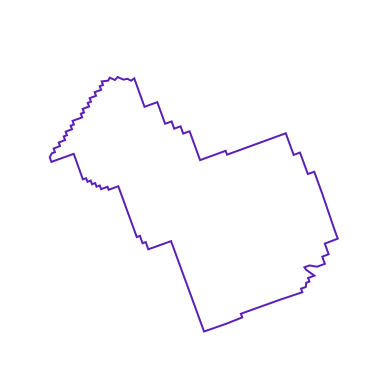 outline of Yellowstone, Montana, United States of America, rotated 250°
{"feature_id": "52423323B50031109105153", "entity_name": "Yellowstone", "entity_type": "district", "adm_level": 2, "iso_a3": "USA", "parent_name": "United States of America", "parent_adm1": "Montana", "projection": "natural_earth1", "projection_center": [-108.061, 45.978], "detail": "fine", "context": "isolated", "style": "outline", "palette": "violet", "viewbox_px": 384, "rotation_deg": 250, "n_neighbors": 0, "source": "geoboundaries", "source_scale": "gbopen_adm2", "svg_char_len": 1304}
<svg xmlns="http://www.w3.org/2000/svg" viewBox="0 0 384 384"><g transform="rotate(250 192 192)"><path d="M276.3,73.5L273.3,70.2L268.4,70.2L268.3,93.9L241.2,93.8L241.2,97.2L237.3,97.3L237.4,100.7L233.5,100.7L233.5,104.1L229.6,104.1L229.7,107.5L225.8,107.6L225.8,114.4L222.6,114.4L222.6,124.7L168.6,124.7L168.6,128.1L160.8,128.0L160.8,131.4L153.1,131.3L153.0,155.5L83.6,155.6L56.8,155.6L56.5,179.3L57.0,196.3L60.9,196.3L60.7,237.6L60.1,261.4L63.9,261.4L63.8,266.4L67.7,268.3L67.7,271.7L71.5,271.7L71.5,278.4L79.8,272.7L82.8,271.9L82.8,277.3L79.0,283.9L79.1,292.3L86.7,292.3L86.8,299.1L98.1,299.2L98.3,313.0L108.1,313.0L145.3,313.8L169.2,313.8L169.3,307.0L192.1,307.0L192.1,300.2L215.1,300.2L215.1,261.8L215.1,237.7L219.2,237.7L219.2,210.5L249.9,210.5L249.9,203.7L257.6,203.7L257.6,196.9L265.3,197.0L265.3,190.1L288.3,190.1L288.3,176.5L318.5,176.6L317.4,172.8L320.5,170.0L321.0,166.1L325.5,161.4L323.6,157.9L327.5,153.9L325.3,151.3L326.8,145.0L323.0,145.0L323.0,141.5L319.1,141.5L319.1,134.7L315.2,134.7L315.2,127.9L311.4,127.9L311.4,124.5L307.5,124.5L307.5,117.7L303.6,117.7L303.6,114.3L299.7,114.3L299.7,104.1L295.8,104.1L295.8,100.7L292.0,100.7L291.9,93.9L288.1,93.9L288.1,90.5L284.2,90.5L284.1,83.7L280.3,83.7L280.2,76.9L276.3,76.8L276.3,73.5Z" fill="none" stroke="#5b21b6" stroke-width="2"/></g></svg>